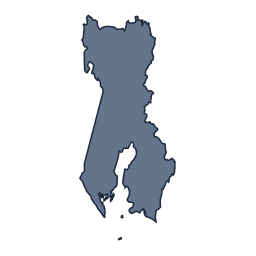 outline of Leningrad, rotated 271°
{"feature_id": "RUS-2336", "entity_name": "Leningrad", "entity_type": "Region", "adm_level": 1, "iso_a3": "RUS", "parent_name": "Russia", "parent_adm1": "", "projection": "natural_earth1", "projection_center": [31.635, 59.881], "detail": "fine", "context": "isolated", "style": "filled", "palette": "slate", "viewbox_px": 256, "rotation_deg": 271, "n_neighbors": 0, "source": "natural_earth", "source_scale": "10m", "svg_char_len": 5852}
<svg xmlns="http://www.w3.org/2000/svg" viewBox="0 0 256 256"><g transform="rotate(271 128 128)"><path d="M43.8,101.9L47.5,98.8L50.0,97.7L52.4,95.5L56.1,93.0L57.3,92.5L59.5,92.1L61.5,89.9L64.3,87.6L65.8,87.1L69.0,85.3L72.8,83.8L74.7,82.8L76.6,80.8L78.7,81.4L79.9,82.4L82.0,83.0L83.5,85.0L84.2,85.2L91.6,85.0L163.8,102.5L166.2,102.2L167.3,101.7L168.4,100.9L169.1,99.9L173.4,99.5L174.1,99.2L174.9,98.1L176.7,97.2L175.2,96.7L175.2,96.4L177.4,94.3L182.1,92.9L181.7,91.6L182.0,90.8L183.1,90.7L185.6,91.9L190.5,92.7L192.0,91.1L193.4,88.5L193.4,87.9L193.0,87.6L191.7,87.0L190.2,86.7L188.8,86.9L188.2,87.3L187.5,88.2L186.2,88.5L185.5,88.2L184.3,87.1L183.0,86.7L182.6,85.9L182.7,85.3L184.9,83.6L202.2,82.9L203.2,83.1L205.3,84.2L206.4,85.7L207.1,86.0L208.3,85.5L208.6,84.6L208.2,83.9L208.3,83.6L210.2,82.1L212.9,81.7L215.3,80.3L216.8,81.4L217.6,81.7L228.7,82.5L230.5,81.4L231.2,82.1L230.5,84.5L230.6,84.9L232.2,85.5L233.3,85.5L237.5,84.6L239.5,85.8L239.8,86.6L238.5,87.9L238.3,88.9L236.5,90.5L236.0,90.5L235.4,91.4L235.0,91.4L234.8,92.2L235.5,93.2L234.4,94.8L233.9,95.3L229.6,95.8L228.3,96.3L227.6,97.1L226.1,98.2L226.3,99.0L227.6,99.9L227.8,100.9L228.3,101.3L228.6,102.1L229.2,104.5L229.1,109.1L228.5,112.8L227.4,114.3L226.6,114.9L226.7,116.9L226.6,119.2L227.4,120.3L227.3,121.2L226.9,121.6L225.3,122.3L225.1,123.0L225.4,123.3L228.1,123.7L229.1,124.3L230.5,124.3L231.3,124.7L233.6,124.7L235.2,126.4L233.6,127.0L232.9,127.9L233.0,130.5L233.6,133.3L234.1,133.7L235.1,133.9L239.3,133.4L239.7,134.0L239.7,135.3L239.3,135.9L238.5,136.3L236.4,135.4L236.0,135.5L236.2,136.5L236.0,138.8L234.5,139.5L236.1,140.2L236.2,140.5L235.8,140.9L235.2,141.0L231.6,140.2L230.7,140.4L231.1,140.9L233.0,141.4L233.8,142.4L234.9,142.8L234.8,143.4L233.8,144.7L232.2,145.2L231.7,145.7L231.8,146.3L233.3,146.6L233.5,146.8L233.3,147.0L229.7,147.2L228.1,148.2L226.9,148.5L224.4,148.7L222.1,149.5L221.8,149.4L221.6,148.7L221.3,148.8L220.2,150.0L219.8,151.0L218.5,152.4L218.5,153.3L218.3,153.6L216.6,153.6L214.1,153.1L212.0,153.4L210.6,152.5L208.8,152.2L207.1,151.1L205.2,150.8L204.2,150.4L203.2,151.3L201.0,151.3L200.6,151.7L200.5,152.2L197.7,152.1L196.3,151.4L195.3,150.0L194.7,150.0L194.2,150.4L193.2,150.0L192.8,149.2L191.5,148.3L190.5,147.1L188.4,146.7L187.5,145.6L185.2,144.6L180.9,144.4L180.8,146.0L180.5,146.3L178.4,146.3L177.6,145.5L176.1,144.8L173.4,144.2L172.0,142.7L170.7,142.8L170.1,144.4L168.9,145.2L167.9,145.5L165.0,148.0L164.9,148.6L165.8,149.8L165.6,150.3L164.2,152.3L162.9,152.9L162.3,151.4L161.1,151.0L158.9,150.5L157.8,150.6L156.7,150.2L154.9,150.0L154.5,150.2L154.3,150.5L153.8,150.4L153.5,149.9L154.1,149.2L154.0,148.4L153.0,147.5L151.9,147.4L151.5,145.9L149.9,145.1L149.2,143.9L146.2,144.6L145.0,144.4L144.4,143.8L143.8,144.0L142.9,144.5L141.8,146.3L141.0,146.6L139.6,146.5L137.5,145.5L134.4,144.8L133.9,145.3L134.2,146.6L133.8,148.2L134.0,148.8L134.6,149.3L134.5,149.8L133.3,150.3L132.7,151.3L132.6,152.7L131.8,154.0L129.7,155.0L128.4,156.3L128.2,156.9L128.3,157.3L128.0,157.5L126.8,157.7L125.2,156.2L124.4,155.2L124.1,154.5L122.5,154.6L121.8,154.2L120.2,154.5L119.6,155.0L119.6,156.7L119.2,157.7L117.8,159.2L113.9,161.8L113.0,162.7L112.8,165.0L112.5,165.4L107.0,165.9L104.3,166.7L103.8,166.6L103.1,165.9L102.0,165.7L101.4,165.2L100.2,165.2L98.5,164.8L96.8,166.0L97.2,167.3L96.6,168.2L96.4,169.0L96.5,169.6L98.4,172.5L97.1,173.0L97.0,173.5L97.4,173.8L97.3,174.1L95.7,174.8L95.1,175.6L90.8,175.5L88.5,175.7L86.7,175.2L85.2,175.4L82.1,174.4L81.7,173.9L82.8,172.7L80.9,172.3L80.0,170.6L74.6,169.6L74.8,169.3L75.9,169.1L76.1,168.9L75.4,168.2L74.9,167.2L74.2,166.8L70.6,165.8L69.0,164.6L67.3,164.3L67.7,163.3L66.9,163.0L62.0,162.8L56.7,161.5L50.7,161.7L49.6,162.0L47.4,159.9L46.5,158.1L45.7,157.3L44.1,157.5L41.8,156.9L40.8,157.2L39.2,156.5L35.8,157.7L34.6,157.8L37.0,154.4L38.5,151.6L39.4,149.1L39.9,148.4L39.6,147.8L40.2,147.3L41.7,146.8L44.7,146.9L45.2,146.4L42.7,145.9L43.6,145.6L45.7,145.5L46.8,144.9L47.4,145.2L47.6,144.5L46.3,143.7L45.5,142.4L43.8,141.6L43.3,141.0L44.3,139.5L44.8,137.8L44.3,136.2L43.0,134.4L42.8,133.6L43.2,131.8L45.3,130.5L46.2,130.7L47.8,131.8L48.7,134.0L52.6,134.9L53.4,134.3L53.7,133.5L53.8,130.8L54.1,130.0L55.3,128.7L56.0,128.4L56.9,128.5L58.0,129.3L60.5,130.0L61.0,130.7L61.5,130.9L62.8,130.4L64.5,130.9L65.8,129.9L66.7,130.0L68.2,129.4L69.7,127.6L69.6,127.1L68.3,126.1L69.2,126.1L71.2,124.5L73.0,123.7L75.7,123.9L86.8,125.5L86.3,128.1L88.9,129.6L90.6,129.5L91.4,130.8L94.0,132.1L97.4,135.0L101.1,136.7L104.0,136.9L107.4,136.0L108.8,134.2L109.8,133.7L111.7,134.0L113.7,132.9L113.9,131.2L109.5,129.4L107.7,128.4L107.7,126.1L108.1,124.8L107.4,123.9L104.2,122.6L103.6,121.7L103.9,120.6L104.6,119.7L102.8,119.2L99.2,118.9L85.2,115.0L83.5,115.1L81.9,115.8L80.4,116.8L79.8,117.7L79.7,118.2L71.3,117.9L69.4,117.3L67.0,114.6L65.4,114.0L64.3,111.9L63.9,111.6L63.6,112.5L62.6,112.5L59.3,111.2L56.8,107.7L55.2,106.0L54.8,105.3L55.7,105.1L56.6,105.3L57.0,106.6L57.5,106.9L59.3,107.7L61.0,108.7L61.5,108.6L61.6,108.0L61.4,107.3L60.5,106.1L60.4,104.2L60.6,103.5L61.2,103.5L60.1,101.7L60.4,101.3L61.9,101.7L62.5,100.9L62.1,100.0L61.4,99.4L60.4,99.8L58.3,101.3L57.0,101.2L55.8,101.7L54.5,101.6L53.9,101.8L53.4,103.2L52.4,103.1L51.9,103.3L52.3,103.7L52.4,104.2L51.5,103.9L50.9,104.0L49.1,105.7L47.6,105.5L47.1,106.2L46.0,106.0L44.5,106.4L41.0,106.4L40.3,106.0L40.1,105.1L38.9,106.4L38.3,106.2L38.7,105.5L43.8,101.9ZM60.9,113.9L61.9,114.3L61.4,114.5L61.2,115.2L59.4,114.9L57.5,113.8L57.3,112.3L58.0,112.5L58.3,112.3L58.5,112.6L59.1,112.7L60.9,113.9ZM59.8,103.9L58.9,104.8L58.3,104.6L58.0,104.2L58.0,103.0L58.4,102.6L59.1,102.5L59.4,102.7L59.8,103.9ZM18.1,122.4L18.2,122.9L18.1,123.2L17.1,123.2L16.2,120.8L16.3,120.5L16.7,120.5L18.1,122.4ZM55.9,111.8L56.9,112.9L56.7,113.5L56.3,113.5L54.4,111.9L55.1,111.7L55.9,111.8ZM40.3,123.4L40.4,124.0L38.6,124.4L38.2,124.2L38.1,123.8L38.6,122.8L40.3,123.4Z" fill="#64748b" stroke="#1e293b" stroke-width="1.5"/></g></svg>